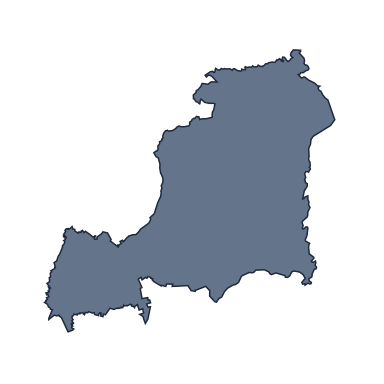 Ixhuatlán del Café, Veracruz, Mexico (orthographic projection), rotated 97°
{"feature_id": "50627088B43225936965135", "entity_name": "Ixhuatlán del Café", "entity_type": "district", "adm_level": 2, "iso_a3": "MEX", "parent_name": "Mexico", "parent_adm1": "Veracruz", "projection": "orthographic", "projection_center": [-96.933, 19.027], "detail": "fine", "context": "isolated", "style": "filled", "palette": "slate", "viewbox_px": 384, "rotation_deg": 97, "n_neighbors": 0, "source": "geoboundaries", "source_scale": "gbopen_adm2", "svg_char_len": 5943}
<svg xmlns="http://www.w3.org/2000/svg" viewBox="0 0 384 384"><g transform="rotate(97 192 192)"><path d="M336.0,318.6L331.0,313.7L331.5,311.1L330.6,309.7L330.7,308.7L331.4,308.7L332.3,306.6L333.0,306.0L345.9,298.0L343.7,293.6L342.3,292.7L341.4,295.1L339.8,294.7L339.6,294.2L339.2,294.9L338.6,294.6L337.8,295.8L336.8,294.9L337.3,294.2L336.6,293.6L334.6,295.6L333.2,294.4L332.1,295.6L329.9,295.8L329.0,294.5L327.6,294.3L328.0,290.9L327.0,290.9L326.5,288.4L325.8,288.7L325.3,285.5L325.6,284.6L326.3,284.9L326.9,283.8L324.5,283.2L324.6,280.8L323.4,280.1L324.3,276.1L323.7,274.4L325.4,273.7L326.1,269.7L324.4,269.8L324.3,269.4L323.1,268.7L323.2,267.6L326.1,267.6L326.6,265.2L324.1,265.1L324.4,263.0L317.3,259.2L318.1,255.2L316.7,252.9L316.2,250.9L316.5,250.9L315.6,248.3L315.0,248.3L315.2,246.7L313.0,246.0L313.5,245.8L312.6,243.3L313.0,242.7L310.9,239.5L311.4,238.0L312.4,238.3L312.8,237.4L312.6,236.4L313.8,234.9L312.0,234.7L311.3,232.8L310.5,232.9L310.3,232.5L315.6,230.1L314.0,226.7L318.1,225.2L319.8,228.9L321.7,225.1L322.9,225.0L328.2,222.3L323.6,220.3L310.9,219.3L311.7,221.6L308.7,223.3L307.0,219.6L304.3,220.9L304.8,222.3L302.2,223.1L303.9,228.6L294.2,231.6L292.8,230.1L285.1,234.7L282.8,232.2L285.3,230.8L282.5,227.8L283.1,226.2L281.2,225.5L281.8,222.5L282.6,222.5L283.0,220.3L284.0,220.8L285.7,218.8L289.0,211.2L288.3,211.0L288.9,206.5L286.4,206.1L285.8,199.9L288.1,200.2L285.4,184.6L290.0,180.9L290.2,176.6L289.2,176.6L284.0,166.9L287.7,162.4L293.2,161.8L298.0,156.1L298.4,154.3L294.7,152.5L292.6,149.7L287.1,147.7L283.1,144.9L279.3,139.9L278.6,137.7L276.1,134.8L270.2,132.9L269.0,132.1L264.9,125.4L264.8,122.0L263.9,120.6L261.8,119.2L260.4,110.7L261.9,106.0L263.5,104.9L264.3,103.1L262.1,98.8L263.4,90.9L263.8,89.5L265.2,88.9L265.1,86.7L263.5,84.8L259.6,83.5L258.5,82.4L258.0,80.9L258.2,76.9L258.5,75.1L260.5,71.6L263.8,69.2L264.9,69.4L265.1,69.9L268.3,72.0L270.0,71.0L269.3,68.9L270.7,68.5L268.3,65.9L269.0,64.0L268.5,62.7L267.2,62.5L266.0,64.6L264.5,65.5L263.8,65.3L261.7,62.7L258.4,62.7L253.9,61.2L253.1,59.5L252.1,59.2L250.9,59.6L249.6,60.9L247.4,60.5L245.5,61.0L247.0,63.1L246.7,64.8L246.1,65.1L242.9,63.0L241.9,63.2L239.1,68.1L232.4,69.6L229.9,69.5L228.6,69.0L227.0,73.0L225.9,73.8L221.2,72.6L213.8,72.6L212.8,73.0L212.7,74.7L215.0,76.5L214.9,78.0L211.6,77.6L208.8,79.2L206.9,78.3L203.1,74.8L201.4,74.3L197.7,74.6L193.0,73.0L190.6,74.7L187.7,74.7L185.2,76.1L181.7,76.5L183.1,79.1L185.0,80.3L185.4,81.3L177.4,80.7L172.1,78.3L169.7,78.6L168.7,80.7L167.2,80.9L166.1,81.8L163.9,80.9L160.0,82.5L158.0,81.5L157.6,80.0L158.1,78.8L154.7,77.3L153.7,77.7L153.2,78.5L151.7,77.8L148.1,78.5L146.7,79.7L144.4,80.4L142.6,80.1L134.7,81.5L130.0,80.2L125.6,80.3L122.1,78.7L109.1,62.6L102.9,59.1L84.0,68.4L82.4,71.4L79.5,74.2L76.3,76.3L75.4,78.5L73.5,79.5L72.5,79.2L71.4,78.1L71.4,80.3L69.0,83.5L66.6,90.1L64.2,94.1L64.1,94.9L65.5,96.8L65.4,97.3L62.6,100.9L62.2,99.4L60.3,98.6L59.9,95.9L58.3,94.5L56.5,91.4L55.3,91.0L53.1,92.2L52.2,93.4L51.8,95.5L50.7,96.5L48.0,96.3L45.5,97.2L41.1,102.4L39.0,101.3L38.8,101.7L38.1,101.6L38.6,108.7L41.4,110.5L43.6,110.9L44.6,110.7L46.3,108.4L47.4,110.0L49.1,110.8L50.8,112.5L49.7,114.2L47.1,116.5L47.0,118.4L50.0,119.0L50.6,117.4L51.5,117.6L51.0,119.3L49.9,119.8L49.0,121.5L50.7,122.9L50.3,123.7L53.1,125.4L53.4,128.8L54.3,131.6L55.6,132.9L55.8,134.6L57.5,135.6L58.0,136.7L59.0,137.4L58.7,140.2L58.0,141.8L59.6,142.6L59.9,143.2L60.2,146.0L59.4,147.1L60.9,148.2L60.9,150.4L61.8,152.5L61.1,154.4L61.8,154.6L64.1,154.0L64.4,154.8L64.0,157.7L65.5,157.5L66.1,158.4L66.0,161.5L64.5,164.7L64.6,165.9L66.3,167.0L65.1,169.2L65.8,174.1L65.5,174.8L66.4,176.2L65.8,178.0L67.6,179.4L67.6,181.0L66.4,183.6L67.9,184.0L69.3,183.7L70.4,184.2L70.8,185.0L69.7,186.0L70.3,188.3L74.5,193.2L76.1,191.8L73.8,189.7L74.7,186.5L79.7,180.6L80.4,186.5L83.1,189.3L83.0,195.2L86.1,196.1L89.9,198.6L90.8,200.1L92.8,200.2L95.6,202.5L99.3,201.9L99.5,201.0L101.9,199.0L102.0,197.5L103.6,195.3L103.4,194.9L100.5,195.0L98.7,194.3L101.5,190.3L101.9,185.5L101.4,181.8L101.7,180.0L107.6,180.4L110.2,181.4L112.6,181.5L115.4,181.0L117.5,186.7L118.3,191.7L119.2,193.1L116.5,194.4L116.5,196.8L118.7,198.2L118.6,199.2L120.1,200.8L121.7,201.1L122.4,202.4L123.9,202.9L124.6,202.3L126.7,203.0L128.4,208.6L128.4,211.8L128.0,212.9L129.7,215.3L130.7,215.5L133.4,218.8L134.5,223.0L133.7,223.9L134.6,225.8L136.4,227.0L139.6,227.8L142.2,227.5L143.0,228.4L144.8,228.3L146.0,230.3L148.2,230.0L150.5,231.5L154.1,230.8L154.8,231.6L155.8,231.9L155.9,232.8L157.7,234.7L161.2,232.0L162.2,229.7L168.3,227.2L172.2,226.9L176.9,225.5L181.1,222.9L183.5,222.2L186.8,222.3L189.4,223.3L191.8,222.4L195.0,223.0L195.8,222.6L198.2,222.5L200.2,222.6L206.8,224.7L218.1,226.8L222.6,230.6L224.5,229.6L228.2,231.1L235.2,238.6L237.7,239.8L241.0,242.3L241.7,245.7L243.5,249.6L244.0,249.6L245.2,251.0L249.0,253.4L249.7,254.3L248.7,254.5L248.3,255.1L249.8,257.4L251.8,255.9L253.6,258.4L254.1,258.0L254.9,258.3L254.3,259.1L255.3,258.9L250.6,267.1L249.0,266.5L242.9,270.9L242.4,275.5L244.4,276.6L248.4,280.9L250.2,280.4L250.8,282.8L250.5,283.2L247.3,282.5L247.3,283.0L249.0,284.6L246.9,287.6L244.0,293.0L245.5,294.2L243.4,296.1L244.3,297.2L245.0,297.0L245.6,297.4L245.4,299.4L246.7,299.7L246.5,300.3L245.1,303.4L243.3,303.9L243.3,305.7L240.9,306.8L243.7,309.0L244.0,310.5L243.4,310.4L244.0,312.5L245.6,313.4L246.4,312.6L249.7,314.2L250.2,313.4L251.3,314.3L252.8,313.2L251.3,312.4L252.4,311.3L254.6,312.0L255.9,313.4L256.5,312.2L258.8,312.5L261.3,314.1L261.9,313.8L264.5,314.3L269.8,315.8L271.9,316.9L277.0,318.0L278.9,320.3L283.5,318.4L283.6,319.1L284.8,319.0L287.2,322.4L288.1,321.7L290.0,322.8L292.8,322.1L293.6,322.2L294.4,323.2L298.3,322.4L300.4,324.8L304.7,320.8L305.0,321.1L304.5,322.5L306.1,321.5L306.9,321.8L307.3,322.6L308.6,321.7L310.0,324.7L311.8,323.5L311.0,322.6L313.4,321.4L314.6,323.5L316.0,322.3L317.4,323.8L317.9,323.4L319.6,324.9L321.1,321.7L323.5,320.5L324.5,318.5L325.6,318.2L325.9,316.3L334.6,318.7L336.0,318.6Z" fill="#64748b" stroke="#1e293b" stroke-width="1.5"/></g></svg>